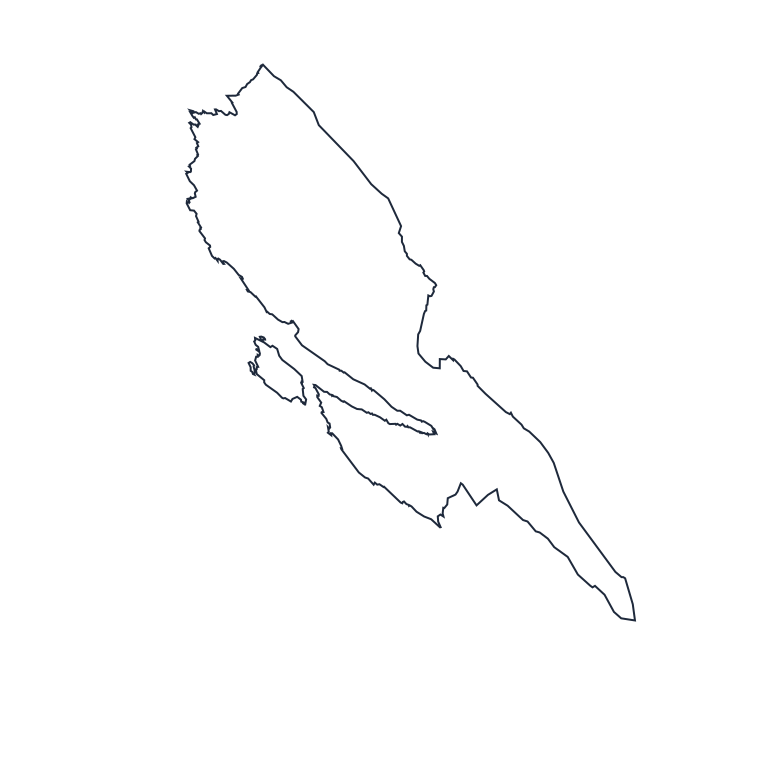 the district of Gjemnes nor, Møre og Romsdal, Norway, rotated 237°
{"feature_id": "86288312B41504021313270", "entity_name": "Gjemnes nor", "entity_type": "district", "adm_level": 2, "iso_a3": "NOR", "parent_name": "Norway", "parent_adm1": "Møre og Romsdal", "projection": "natural_earth1", "projection_center": [7.837, 62.91], "detail": "fine", "context": "isolated", "style": "outline", "palette": "slate", "viewbox_px": 768, "rotation_deg": 237, "n_neighbors": 0, "source": "geoboundaries", "source_scale": "gbopen_adm2", "svg_char_len": 6156}
<svg xmlns="http://www.w3.org/2000/svg" viewBox="0 0 768 768"><g transform="rotate(237 384 384)"><path d="M67.6,452.7L58.3,455.3L49.0,465.7L63.8,472.7L89.7,480.4L91.7,479.5L92.7,478.0L100.4,475.7L161.7,472.1L196.1,475.8L225.4,483.4L236.8,484.2L250.2,483.4L265.0,479.9L270.7,477.1L275.0,477.2L286.5,474.3L290.8,474.8L290.2,473.1L294.1,470.9L320.5,463.8L331.5,461.5L332.6,462.2L340.8,462.0L342.1,460.5L349.4,460.5L351.6,457.8L357.2,458.1L366.2,456.4L367.3,455.8L366.3,454.9L372.2,453.6L371.0,449.2L374.5,444.4L366.8,439.3L370.9,434.1L380.2,430.8L390.8,429.5L397.6,432.7L407.0,439.7L408.8,443.2L421.1,455.7L422.8,458.2L422.6,459.4L426.9,462.4L426.9,463.6L434.1,469.4L432.6,470.3L432.0,471.8L434.4,476.2L436.7,477.0L438.0,478.5L437.5,479.4L438.4,481.6L440.9,481.7L447.6,479.3L451.2,478.9L452.2,477.4L456.0,477.7L456.5,479.0L457.8,479.3L463.9,479.1L463.9,477.9L467.7,476.1L473.3,474.6L474.6,473.4L479.0,473.0L480.7,474.1L484.0,473.7L489.0,475.9L493.4,476.4L497.8,479.3L502.5,478.6L507.1,484.3L537.4,488.6L544.8,485.7L558.6,482.1L587.5,479.9L636.6,470.3L650.3,473.2L678.3,467.2L685.9,464.0L694.9,462.9L702.0,459.4L717.7,456.4L717.0,454.5L718.0,454.5L717.7,453.3L716.5,453.0L714.3,447.9L713.3,447.9L713.5,446.7L712.5,445.8L710.8,440.1L711.2,438.0L710.2,435.9L710.1,432.6L708.5,429.6L709.4,426.3L707.0,419.7L705.9,419.7L706.6,416.7L711.3,409.2L702.6,410.1L702.6,409.5L692.4,408.6L690.6,407.5L690.5,405.4L696.1,402.4L695.0,400.9L695.0,398.8L696.2,397.6L701.8,396.0L702.7,394.2L705.8,392.7L706.3,391.8L701.4,390.9L702.6,387.3L705.1,386.7L707.6,382.8L710.1,381.8L709.6,381.2L711.6,380.9L710.3,379.4L710.0,377.6L711.0,377.6L711.5,375.8L714.5,374.3L715.0,372.8L716.5,372.8L719.0,370.6L715.4,371.3L715.4,370.4L716.9,369.5L713.3,369.3L710.8,369.5L710.8,370.6L708.3,370.4L707.8,371.2L702.7,371.1L703.1,369.3L702.1,369.3L701.1,367.8L704.6,366.9L705.1,365.7L709.1,364.1L709.1,362.9L706.6,363.4L704.2,362.4L703.9,361.2L693.7,360.2L692.6,358.4L688.1,359.8L688.0,358.3L684.5,357.7L684.4,355.3L683.4,355.3L683.3,354.1L677.7,353.0L677.7,352.1L676.6,352.1L675.8,348.2L674.2,346.4L673.8,340.4L672.5,340.1L672.7,338.9L669.7,339.5L667.3,337.7L667.3,336.8L669.5,334.1L668.0,334.4L668.0,332.6L659.8,331.6L654.2,332.9L648.0,332.5L647.7,330.1L646.9,329.2L643.6,328.0L644.0,324.7L645.0,324.1L644.7,323.2L645.7,323.2L644.7,321.4L645.7,321.4L646.2,320.2L642.3,319.9L642.1,319.3L643.1,319.3L643.0,317.8L644.1,317.8L643.0,316.9L635.3,316.1L632.9,319.1L628.8,319.5L627.2,317.8L621.0,316.8L621.0,315.9L614.9,315.8L614.8,314.8L613.8,314.8L613.5,313.0L612.7,312.5L603.6,313.2L602.5,311.9L599.9,311.8L594.9,313.5L593.6,312.9L593.3,310.9L585.1,309.5L581.5,310.3L581.5,311.3L577.9,311.5L579.5,312.4L579.5,313.3L577.5,314.2L572.2,314.6L571.9,315.2L575.0,314.8L574.3,316.7L571.5,318.3L562.4,320.8L554.7,321.5L551.2,323.2L549.1,322.9L549.1,322.0L550.1,321.4L536.3,321.5L537.3,320.3L535.8,320.2L533.8,322.1L527.2,323.7L527.2,324.3L513.4,325.5L508.3,324.8L508.3,325.4L505.0,326.3L503.3,328.2L495.7,330.2L491.2,332.5L490.2,334.3L486.7,336.4L485.7,340.0L487.3,340.0L487.3,340.9L486.3,340.9L486.3,341.9L476.6,342.3L474.3,340.2L473.1,336.0L472.3,335.5L461.1,336.3L435.4,346.7L431.3,347.5L420.3,354.3L419.3,354.0L418.3,355.5L415.5,356.4L415.3,357.3L404.7,360.8L394.2,367.5L387.6,369.7L387.6,370.6L385.1,370.3L385.4,371.2L384.6,371.9L371.0,376.0L360.8,377.9L354.3,380.6L352.8,383.0L345.3,386.1L344.6,388.2L336.0,392.5L333.3,395.2L331.8,395.2L331.6,396.5L330.2,397.5L323.1,400.9L318.0,400.7L319.4,401.4L318.5,401.7L315.2,401.1L317.2,400.3L315.1,400.3L317.0,399.2L314.5,398.8L317.0,394.5L318.5,393.8L317.9,393.4L318.9,393.4L318.8,392.2L321.2,390.9L321.9,389.3L322.9,389.3L322.9,388.4L323.9,388.4L323.9,387.5L325.4,387.5L325.9,386.3L333.4,382.3L334.4,380.8L335.9,380.8L335.6,379.9L336.8,378.4L340.4,377.7L340.3,375.0L343.3,373.5L343.3,372.0L344.3,372.0L347.2,367.1L348.7,366.3L352.8,366.5L352.7,364.7L358.3,362.5L363.3,359.4L364.2,357.9L365.8,357.9L366.2,356.4L368.8,355.5L369.2,353.9L374.8,351.5L377.7,347.8L382.7,344.8L391.3,341.1L391.2,340.2L393.3,339.0L398.8,337.4L401.3,335.0L402.3,334.9L402.3,334.0L403.3,334.3L404.8,332.8L408.4,331.9L410.1,329.5L420.4,326.0L421.4,324.8L420.4,324.8L419.3,323.5L418.0,324.3L410.8,323.7L409.7,322.7L410.7,321.7L409.3,320.9L402.6,321.2L400.6,318.2L398.4,319.2L393.5,318.0L394.3,316.4L393.8,315.8L386.2,316.6L382.4,315.8L380.5,316.8L376.9,315.2L376.4,313.8L378.3,313.5L374.1,311.7L373.7,310.4L369.8,311.8L371.6,312.7L370.9,313.7L362.5,315.3L355.5,314.4L352.6,313.6L353.3,312.9L352.3,312.7L323.5,314.7L315.9,317.2L313.4,319.2L305.2,320.5L306.3,322.6L303.3,323.5L302.4,325.6L297.8,327.5L297.8,328.1L275.5,333.4L274.0,334.4L274.8,335.6L274.6,336.8L271.1,337.4L269.1,338.9L268.1,338.6L268.1,339.5L266.3,340.4L259.2,341.7L251.0,345.5L244.9,349.9L233.3,352.9L233.1,353.5L239.1,354.5L243.7,357.0L243.8,360.2L240.5,361.7L243.5,362.7L247.9,366.3L247.1,367.0L248.5,371.4L253.5,375.3L252.3,383.7L253.7,387.1L258.9,394.4L256.7,395.2L231.8,395.5L234.4,410.8L234.2,421.2L223.8,417.1L214.6,421.4L194.2,426.5L190.5,429.5L177.8,431.0L174.7,433.7L165.0,437.2L154.4,437.9L138.9,443.9L118.6,442.8L102.6,447.1L99.9,448.1L99.8,451.0L87.1,454.2L67.6,452.7ZM463.8,279.5L462.6,280.3L463.8,280.4L463.3,280.8L464.2,282.0L466.8,283.3L465.3,284.1L461.6,282.7L452.4,285.6L450.6,284.4L447.8,284.5L434.9,289.6L428.0,291.0L426.8,291.7L426.1,293.4L420.0,296.4L421.3,299.1L420.5,304.2L416.1,305.8L414.2,305.0L412.5,306.4L411.9,305.6L411.2,305.9L411.9,306.2L411.4,307.0L410.2,307.2L413.5,310.3L418.0,310.0L424.1,313.1L424.3,314.5L430.2,315.2L430.6,315.8L429.9,315.9L430.8,316.4L430.3,317.0L435.5,319.3L445.4,316.9L459.6,311.8L464.8,311.5L471.6,313.5L476.8,311.3L476.8,308.8L486.3,305.3L487.1,305.6L486.6,306.2L487.2,306.8L486.0,308.5L486.4,308.7L488.5,308.5L490.6,306.9L491.2,305.6L486.5,304.7L492.9,300.9L490.6,299.7L490.4,298.3L486.7,297.7L483.7,298.7L480.7,297.7L482.7,296.0L482.4,295.6L479.0,297.0L477.3,296.6L476.0,295.5L475.8,294.5L477.2,293.9L475.6,292.9L476.5,291.6L473.9,288.7L466.9,287.8L467.5,286.5L465.6,285.2L465.7,284.2L467.4,283.4L469.9,284.3L470.3,285.2L473.1,284.9L475.4,283.8L475.4,281.9L470.7,281.3L467.7,279.4L465.8,280.1L463.8,279.5Z" fill="none" stroke="#1e293b" stroke-width="2"/></g></svg>